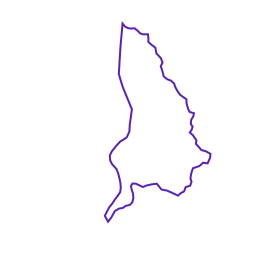 Terezópolis de Goiás, Goiás, Brazil (Mercator projection), rotated 141°
{"feature_id": "56859067B74545667344243", "entity_name": "Terezópolis de Goiás", "entity_type": "district", "adm_level": 2, "iso_a3": "BRA", "parent_name": "Brazil", "parent_adm1": "Goiás", "projection": "mercator", "projection_center": [-49.069, -16.456], "detail": "fine", "context": "isolated", "style": "outline", "palette": "violet", "viewbox_px": 256, "rotation_deg": 141, "n_neighbors": 0, "source": "geoboundaries", "source_scale": "gbopen_adm2", "svg_char_len": 1361}
<svg xmlns="http://www.w3.org/2000/svg" viewBox="0 0 256 256"><g transform="rotate(141 128 128)"><path d="M67.5,98.0L70.0,101.7L69.3,104.8L67.1,110.1L64.5,113.6L65.5,116.9L66.6,120.9L66.3,125.5L65.6,129.7L64.2,133.5L64.8,137.8L66.8,141.1L67.8,145.6L65.2,151.2L63.7,155.4L60.0,157.1L58.5,161.4L59.0,168.0L56.2,173.3L57.5,178.4L58.0,182.1L55.6,185.0L53.5,188.3L57.5,191.4L59.0,194.0L59.3,197.3L60.1,201.3L63.1,203.4L65.3,205.8L66.5,208.9L66.5,212.6L82.7,195.9L90.7,187.2L97.6,179.6L101.1,175.8L104.4,168.0L106.3,163.1L113.2,140.1L124.7,129.3L129.1,124.4L134.9,121.5L139.2,121.9L142.5,122.4L148.6,121.5L155.0,120.1L159.4,118.1L162.2,114.1L163.1,110.1L162.8,103.3L164.2,98.9L166.4,94.1L168.9,89.4L171.5,85.8L174.4,83.1L178.5,81.8L184.2,80.4L187.7,79.2L192.2,78.3L197.1,76.2L201.3,74.3L202.5,67.7L197.5,68.9L190.5,71.7L186.0,71.1L182.2,69.1L179.0,69.0L174.9,67.1L171.5,67.5L168.0,70.1L165.4,73.8L164.0,77.6L162.3,81.0L159.4,82.0L156.9,79.7L153.6,72.8L149.4,71.5L145.1,69.3L140.7,66.6L140.7,59.1L137.0,54.7L134.8,50.4L131.7,44.0L127.9,44.2L124.4,43.4L120.3,45.8L116.1,44.0L112.5,46.2L111.2,49.5L108.4,52.1L105.7,54.1L102.8,55.8L96.4,53.5L91.5,53.8L88.4,50.4L82.8,53.3L80.2,56.0L82.0,60.6L84.9,64.9L84.9,68.2L85.2,73.0L82.6,75.3L82.1,81.6L82.8,85.6L79.8,86.5L77.0,88.3L76.6,91.7L73.6,94.7L69.9,95.9L67.5,98.0Z" fill="none" stroke="#5b21b6" stroke-width="2"/></g></svg>